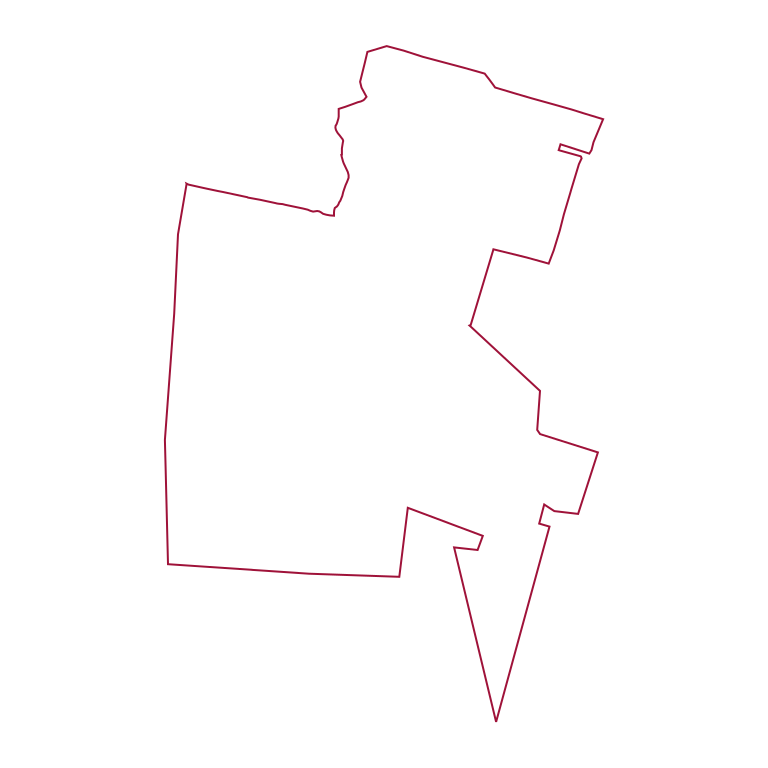 outline of Santa María Guelacé, Oaxaca, Mexico
{"feature_id": "50627088B91353096656527", "entity_name": "Santa María Guelacé", "entity_type": "district", "adm_level": 2, "iso_a3": "MEX", "parent_name": "Mexico", "parent_adm1": "Oaxaca", "projection": "mercator", "projection_center": [-96.612, 16.991], "detail": "fine", "context": "isolated", "style": "outline", "palette": "rose", "viewbox_px": 768, "rotation_deg": 0, "n_neighbors": 0, "source": "geoboundaries", "source_scale": "gbopen_adm2", "svg_char_len": 1860}
<svg xmlns="http://www.w3.org/2000/svg" viewBox="0 0 768 768"><path d="M164.9,440.0L165.6,467.2L168.0,564.2L308.8,573.7L399.3,576.8L407.8,507.8L482.8,535.9L477.6,550.0L454.1,547.4L477.4,644.3L496.1,721.9L549.5,526.6L539.2,523.6L544.2,504.5L554.3,511.1L578.1,513.9L597.9,452.4L540.1,434.1L537.2,429.9L540.0,390.9L469.5,325.5L470.7,325.0L493.0,250.8L493.4,249.3L526.7,257.5L548.7,263.6L553.7,250.4L559.3,232.1L559.9,230.1L563.9,214.3L570.1,193.5L570.3,192.8L571.3,189.3L578.9,164.2L581.6,158.4L581.0,156.6L580.3,156.2L559.9,150.5L558.7,150.1L559.2,148.6L560.5,144.3L589.3,153.6L591.5,150.1L593.5,142.2L603.1,119.2L584.0,113.4L571.6,109.5L555.0,104.8L531.6,98.3L515.2,93.5L495.1,87.5L492.9,84.4L488.9,79.0L487.0,76.6L484.7,73.6L464.8,68.0L441.6,61.8L422.8,56.8L403.6,50.6L386.7,46.1L367.4,51.9L364.8,62.9L362.5,72.1L360.1,81.8L361.5,87.6L366.5,96.8L364.2,99.6L363.1,100.4L360.7,101.5L357.9,102.2L353.6,103.8L345.3,106.8L338.7,108.9L338.7,111.2L338.7,116.5L338.4,118.5L337.2,122.5L336.5,124.4L335.6,125.7L335.4,127.7L335.9,129.8L336.7,131.4L337.8,133.2L339.8,135.6L341.3,137.6L342.7,139.4L343.2,140.9L342.8,142.7L341.9,148.4L341.9,152.7L341.9,154.7L341.3,154.9L341.4,155.3L341.6,156.2L341.9,157.4L343.0,161.4L343.7,163.3L346.0,168.2L347.8,172.0L348.6,175.1L348.6,177.8L347.4,181.0L347.2,181.4L347.0,182.0L345.6,185.1L344.2,189.1L343.2,192.1L342.3,195.9L340.3,200.8L339.2,202.3L338.3,204.6L337.0,206.4L334.8,208.0L334.2,210.3L334.0,212.4L334.0,215.7L330.0,215.4L326.2,214.7L323.1,213.8L320.8,212.2L319.3,211.4L317.2,211.0L315.2,211.3L313.1,211.6L310.3,210.8L307.8,209.7L302.9,208.5L285.2,204.8L282.6,204.1L279.1,203.8L277.0,203.5L275.5,203.1L266.2,201.1L260.2,199.8L248.0,197.6L247.3,197.2L223.0,192.0L218.3,191.1L206.9,188.7L202.3,187.7L188.5,184.6L186.5,183.6L186.6,183.9L178.0,234.3L174.2,313.8L164.9,440.0Z" fill="none" stroke="#9f1239" stroke-width="2"/></svg>